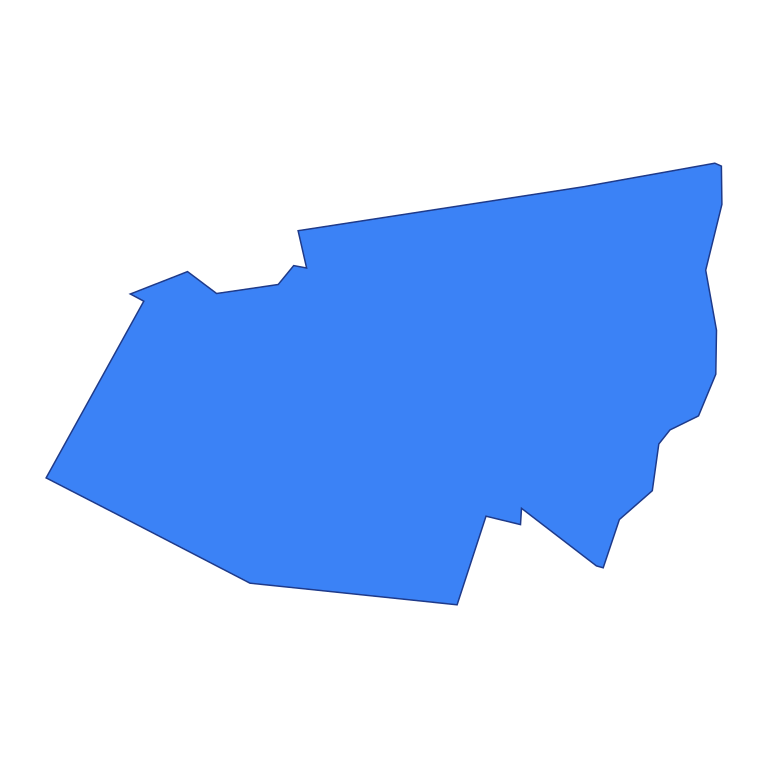 outline of Greene, New York, United States of America
{"feature_id": "52423323B74278338404385", "entity_name": "Greene", "entity_type": "district", "adm_level": 2, "iso_a3": "USA", "parent_name": "United States of America", "parent_adm1": "New York", "projection": "orthographic", "projection_center": [-74.073, 42.28], "detail": "fine", "context": "isolated", "style": "filled", "palette": "blue", "viewbox_px": 768, "rotation_deg": 0, "n_neighbors": 0, "source": "geoboundaries", "source_scale": "gbopen_adm2", "svg_char_len": 503}
<svg xmlns="http://www.w3.org/2000/svg" viewBox="0 0 768 768"><path d="M298.1,230.7L306.6,268.0L293.7,265.6L278.2,284.5L216.6,293.5L187.5,271.6L130.3,294.0L143.8,301.2L46.1,477.9L122.0,516.9L250.0,583.2L282.0,586.5L457.1,604.8L486.0,516.2L520.5,524.6L521.5,508.3L596.4,565.9L603.2,567.8L619.4,519.5L652.3,490.7L658.8,444.0L670.0,429.9L698.5,415.9L715.8,374.2L716.5,330.3L705.7,270.2L721.9,204.4L721.4,166.1L714.8,163.2L582.5,186.9L298.1,230.7Z" fill="#3b82f6" stroke="#1e3a8a" stroke-width="1.5"/></svg>